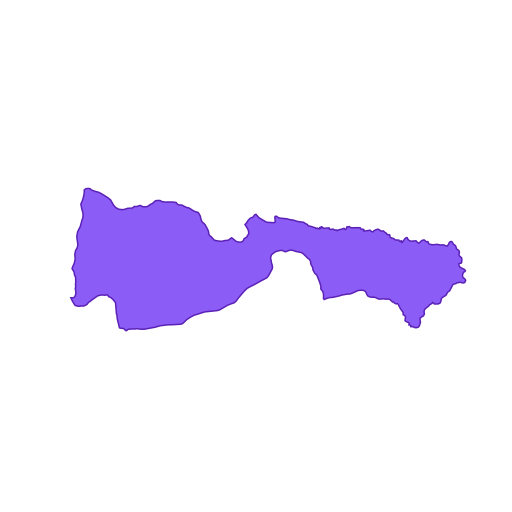 El Guacamayo, Santander, Colombia, rotated 154°
{"feature_id": "7082276B46151472221862", "entity_name": "El Guacamayo", "entity_type": "district", "adm_level": 2, "iso_a3": "COL", "parent_name": "Colombia", "parent_adm1": "Santander", "projection": "albers", "projection_center": [-73.559, 6.254], "detail": "fine", "context": "isolated", "style": "filled", "palette": "violet", "viewbox_px": 512, "rotation_deg": 154, "n_neighbors": 0, "source": "geoboundaries", "source_scale": "gbopen_adm2", "svg_char_len": 6108}
<svg xmlns="http://www.w3.org/2000/svg" viewBox="0 0 512 512"><g transform="rotate(154 256 256)"><path d="M381.6,390.5L382.0,389.4L383.2,387.3L385.7,384.1L388.1,381.6L390.7,379.4L392.0,374.5L392.5,371.3L393.4,368.8L394.9,366.2L396.6,364.6L401.1,359.5L405.7,356.0L408.2,352.6L409.2,350.4L410.8,345.3L411.8,343.3L413.6,341.4L415.7,340.1L418.1,337.0L419.9,332.5L422.1,329.6L426.1,326.1L426.9,325.1L426.5,321.2L427.1,319.8L427.5,317.8L427.5,316.0L429.0,312.5L431.0,309.0L431.5,307.3L432.6,306.2L433.9,302.1L435.0,300.5L436.4,299.1L438.0,298.5L439.3,298.8L440.7,299.6L440.8,296.2L440.5,292.4L440.2,290.8L438.0,288.9L436.7,288.2L434.8,287.6L433.0,286.6L431.2,286.5L429.0,286.6L426.8,287.8L424.7,287.9L423.1,288.4L415.7,289.6L412.6,288.9L411.1,288.3L409.3,287.1L406.7,286.3L406.1,283.8L405.3,283.1L404.5,281.8L403.5,279.4L402.7,275.7L406.3,266.5L406.8,265.1L406.9,263.9L408.3,260.2L410.2,251.3L409.3,250.4L406.6,248.7L406.2,247.1L405.5,245.8L405.0,245.6L403.9,246.1L402.8,246.1L398.6,244.4L396.3,243.2L395.1,243.0L393.8,242.2L393.0,241.5L388.7,239.2L377.8,236.2L372.8,235.3L368.8,234.0L364.5,232.4L360.9,230.7L353.8,227.8L351.9,227.4L350.0,227.9L346.5,229.1L342.4,229.7L337.8,229.9L326.5,228.2L314.7,223.9L312.3,223.5L303.6,224.2L300.0,224.0L296.3,223.5L293.8,224.1L290.0,226.1L282.4,229.4L278.1,230.8L274.5,231.0L270.9,231.0L261.1,231.5L256.1,231.6L253.5,232.7L247.2,237.2L246.0,238.8L245.3,241.3L245.1,243.1L244.3,245.5L243.9,247.5L242.7,249.2L241.3,250.4L237.7,251.2L235.7,251.2L231.5,250.3L229.8,249.3L229.0,248.5L228.2,247.2L226.7,246.7L224.3,246.6L222.2,246.1L220.0,244.6L218.8,243.1L214.1,239.5L213.1,238.3L212.3,236.6L210.3,230.9L209.4,229.5L209.4,226.9L210.1,225.4L210.3,223.7L210.1,221.8L210.2,220.2L210.9,218.7L210.7,214.5L209.7,212.2L210.3,204.3L211.0,200.2L212.2,198.0L211.6,194.9L211.8,193.1L212.7,190.6L214.0,188.3L213.8,187.0L210.2,186.8L207.9,186.3L206.0,185.5L203.7,184.8L198.5,183.6L195.8,183.2L190.8,181.8L188.6,180.8L186.2,180.4L179.3,180.2L176.3,179.1L174.3,177.8L173.1,176.1L173.2,172.0L172.8,170.6L171.5,169.2L170.2,168.3L167.6,167.0L166.2,165.6L164.9,163.8L163.9,163.1L160.5,161.8L158.7,160.6L155.8,159.2L154.7,158.2L153.5,154.9L152.6,154.2L152.0,152.7L151.0,151.5L149.9,151.3L149.4,150.5L149.3,145.2L148.5,140.7L148.5,140.3L149.3,139.4L149.4,138.5L148.5,137.6L148.3,135.8L150.4,132.6L149.9,131.4L147.8,128.9L148.0,128.1L148.8,127.1L147.7,126.2L147.3,125.6L147.9,124.7L145.8,123.5L144.9,122.3L143.9,121.5L142.8,121.1L141.3,120.9L139.9,121.5L137.1,124.5L136.6,126.6L135.9,128.1L133.6,128.7L132.1,128.7L131.1,129.2L130.0,130.2L129.5,131.9L128.6,133.4L127.0,134.4L122.4,135.4L121.3,136.1L118.7,136.2L117.7,136.9L117.1,135.9L116.8,134.7L114.1,133.4L112.8,133.0L111.3,133.0L110.4,133.5L107.9,136.5L106.5,137.1L103.4,137.3L101.9,137.7L100.0,139.3L98.3,139.7L97.2,139.8L91.6,144.0L90.4,144.0L88.7,143.6L86.7,143.8L85.7,143.2L84.2,143.2L83.0,141.9L81.3,140.8L80.1,140.7L78.4,141.9L78.2,142.9L78.5,144.2L79.2,145.7L79.4,147.1L78.7,148.3L77.6,149.6L76.5,150.4L75.1,150.4L74.3,150.9L74.4,152.3L77.3,156.1L77.7,157.7L77.6,159.3L76.7,160.2L74.8,159.6L73.9,160.2L72.8,162.0L72.2,163.3L72.1,164.6L73.2,167.0L73.0,168.1L71.6,170.1L71.2,171.4L71.5,172.5L72.3,173.7L72.6,175.1L72.3,176.1L72.2,177.7L72.5,178.6L73.3,179.8L73.6,182.7L74.0,183.4L74.9,183.7L76.2,183.5L78.0,182.0L79.7,181.2L80.7,181.7L82.2,183.5L84.2,184.6L85.4,185.0L88.1,187.1L91.2,188.2L92.7,188.9L94.9,190.6L95.4,191.5L95.1,193.1L95.4,193.7L96.1,193.9L96.9,194.5L97.8,196.7L98.9,197.1L100.5,197.2L103.4,196.3L104.3,196.2L104.9,197.4L105.5,199.5L110.0,201.3L111.2,202.2L112.3,204.6L112.0,205.5L112.0,206.0L112.7,206.6L114.1,206.5L117.7,204.7L118.5,204.1L119.1,204.2L119.3,204.6L119.0,205.1L118.8,206.0L120.3,206.1L120.7,206.7L120.6,207.6L123.9,209.5L124.6,211.4L125.5,212.2L126.0,212.2L126.4,213.0L127.1,213.7L127.2,214.4L126.7,215.5L126.7,216.6L128.4,217.6L128.9,218.4L128.8,219.2L129.9,221.0L130.5,222.7L132.4,223.4L132.9,223.8L133.1,224.5L134.6,226.7L136.5,227.0L138.1,227.0L139.1,227.0L140.0,226.5L140.6,226.6L141.4,227.3L142.2,229.2L146.3,230.4L147.6,230.9L148.2,231.3L148.3,231.8L147.7,231.9L147.5,232.5L148.1,233.1L149.8,234.1L149.9,235.5L150.4,236.0L157.9,239.6L158.8,240.5L159.4,241.7L160.6,241.7L161.4,242.4L162.3,241.5L162.5,241.0L163.6,240.6L164.3,240.7L164.6,242.1L164.9,242.3L168.0,242.7L169.7,243.2L170.8,243.3L171.5,243.0L172.0,243.2L172.1,243.9L172.6,244.4L173.2,244.4L174.3,245.2L174.4,245.8L174.9,246.4L177.1,247.1L178.2,247.8L178.2,248.4L177.9,249.0L178.5,249.5L181.3,250.5L182.7,251.2L183.6,252.0L183.9,252.5L184.0,253.4L184.7,253.7L185.3,252.9L185.8,252.6L186.4,253.5L186.8,253.1L187.0,252.6L187.7,252.8L188.7,254.3L190.1,254.4L190.2,255.2L191.0,256.1L192.2,257.0L193.2,258.2L195.8,260.2L196.0,261.8L197.6,263.8L198.3,265.3L203.7,269.0L206.7,271.9L210.2,274.3L211.9,275.9L217.6,279.4L218.9,280.5L220.3,282.9L221.5,283.2L222.2,282.4L222.8,280.6L223.7,278.6L224.2,277.9L225.5,278.2L230.7,281.1L231.9,282.0L236.6,289.2L237.8,293.5L239.3,293.6L241.4,292.3L244.5,292.5L246.2,292.0L247.6,291.4L250.2,289.8L252.1,289.1L251.6,283.8L251.8,281.7L252.3,280.2L253.4,278.6L254.6,278.3L255.8,277.1L259.0,276.8L260.8,275.3L262.3,275.0L263.6,275.1L266.4,276.7L267.7,278.3L269.5,282.4L270.1,283.1L273.1,282.5L274.7,282.5L276.7,283.4L280.5,284.3L283.3,286.0L285.4,287.5L286.6,288.7L287.8,293.0L288.6,294.4L288.9,295.9L287.9,299.1L287.8,301.0L287.9,302.3L287.8,303.6L288.1,304.8L288.0,306.4L288.4,307.9L289.1,309.2L289.6,311.2L289.2,313.9L288.6,316.0L288.6,318.4L288.9,320.5L291.2,322.6L292.7,324.4L293.9,326.6L295.4,328.8L297.8,330.6L298.1,331.5L299.0,332.3L299.6,333.5L300.5,334.4L302.5,335.5L303.4,336.2L304.0,337.4L304.3,339.0L305.0,339.6L307.3,341.1L314.2,344.4L316.5,346.0L318.0,348.0L319.3,348.7L321.6,349.6L322.8,349.6L326.0,348.6L327.8,348.7L331.9,348.1L333.3,348.5L336.0,349.8L337.6,351.9L338.5,352.4L340.7,352.6L342.1,353.0L343.7,353.9L345.0,353.5L346.4,353.4L350.3,355.1L354.4,355.7L356.6,356.7L358.9,358.3L360.9,361.1L361.7,364.0L362.1,370.2L363.6,373.3L367.3,379.3L369.4,382.2L371.9,384.3L375.1,387.6L375.5,389.1L376.6,390.0L379.3,391.1L380.5,390.9L381.6,390.5Z" fill="#8b5cf6" stroke="#5b21b6" stroke-width="1.5"/></g></svg>